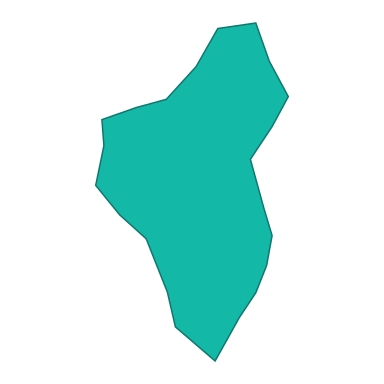 Agia Eirini Lefkosias, Nicosia, Cyprus (Albers equal-area conic projection)
{"feature_id": "46923920B45415874834120", "entity_name": "Agia Eirini Lefkosias", "entity_type": "district", "adm_level": 2, "iso_a3": "CYP", "parent_name": "Cyprus", "parent_adm1": "Nicosia", "projection": "albers", "projection_center": [32.964, 34.983], "detail": "fine", "context": "isolated", "style": "filled", "palette": "teal", "viewbox_px": 384, "rotation_deg": 0, "n_neighbors": 0, "source": "geoboundaries", "source_scale": "gbopen_adm2", "svg_char_len": 401}
<svg xmlns="http://www.w3.org/2000/svg" viewBox="0 0 384 384"><path d="M103.9,145.7L95.7,185.4L119.6,214.8L146.2,238.8L167.4,292.2L175.4,326.9L215.1,361.0L239.5,317.3L255.8,292.8L266.6,265.6L272.1,235.6L263.9,208.3L250.4,159.3L272.1,126.6L288.3,96.6L269.3,61.2L255.8,23.0L217.8,28.5L196.1,66.6L166.3,99.3L136.4,107.5L101.9,119.6L103.9,145.7Z" fill="#14b8a6" stroke="#0f766e" stroke-width="1.5"/></svg>